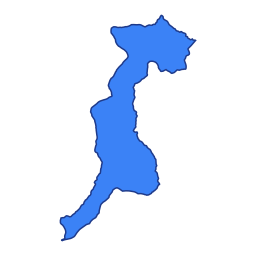 Dungna, Chhukha, Bhutan
{"feature_id": "84629894B53394150042816", "entity_name": "Dungna", "entity_type": "district", "adm_level": 2, "iso_a3": "BTN", "parent_name": "Bhutan", "parent_adm1": "Chhukha", "projection": "robinson", "projection_center": [89.368, 27.082], "detail": "fine", "context": "isolated", "style": "filled", "palette": "blue", "viewbox_px": 256, "rotation_deg": 0, "n_neighbors": 0, "source": "geoboundaries", "source_scale": "gbopen_adm2", "svg_char_len": 5774}
<svg xmlns="http://www.w3.org/2000/svg" viewBox="0 0 256 256"><path d="M61.0,218.0L60.7,219.4L60.4,220.2L60.4,222.4L60.5,223.0L61.2,224.0L62.1,224.7L62.8,225.3L63.9,226.9L65.2,229.4L65.5,230.3L65.8,232.1L65.6,233.4L65.0,235.0L64.7,236.1L64.7,236.7L64.9,238.1L64.7,238.7L62.2,239.7L61.7,240.0L61.7,240.3L62.3,240.6L62.9,240.3L64.8,239.7L70.4,238.5L71.7,238.0L74.0,236.7L74.8,235.9L77.1,232.4L79.5,229.6L81.0,228.4L86.5,224.5L89.5,223.6L90.7,221.5L91.6,220.5L92.9,219.3L95.7,217.6L96.7,216.0L97.3,214.6L98.8,213.3L99.1,212.6L99.2,210.9L100.0,207.4L100.6,205.3L100.9,204.6L101.3,204.0L103.1,202.2L105.4,200.7L108.5,197.9L109.0,197.2L109.1,196.2L109.5,195.3L112.1,192.0L112.6,190.6L113.0,189.9L114.9,188.5L116.5,187.9L117.4,187.9L119.4,188.9L122.5,191.1L126.0,190.8L129.0,190.9L130.4,191.1L134.4,191.8L136.2,192.6L138.0,193.7L140.9,193.6L143.8,194.2L144.7,194.6L145.7,194.7L146.5,195.1L147.1,195.1L148.6,194.9L151.3,193.4L151.6,193.0L151.9,192.3L153.1,191.8L153.4,191.3L154.5,190.7L156.8,188.5L157.3,187.7L157.4,186.9L158.6,184.8L159.5,184.5L159.5,183.9L158.8,182.8L157.9,181.7L157.7,181.1L157.7,180.2L158.3,179.1L158.5,178.4L158.4,178.0L158.0,177.0L157.7,176.0L157.2,173.2L156.6,172.3L155.3,171.2L155.3,170.6L155.9,169.2L155.9,167.1L156.6,166.0L156.7,165.3L156.3,164.8L156.1,163.7L155.8,159.4L155.5,159.0L154.9,158.5L154.2,156.4L153.6,155.7L152.8,154.2L151.5,152.5L151.1,151.4L150.3,149.9L149.7,149.3L149.0,148.9L148.0,148.1L147.2,147.5L146.9,146.4L146.3,145.7L145.7,145.5L144.9,145.5L144.0,144.8L142.3,142.3L140.8,141.3L139.5,140.8L138.6,139.2L138.1,138.8L137.9,138.5L137.8,137.7L137.4,136.8L136.9,134.9L136.9,134.4L137.4,133.6L137.4,133.1L137.3,132.5L137.1,132.1L136.7,132.0L135.6,132.2L134.7,132.0L134.0,131.5L133.4,130.6L134.0,129.4L134.8,128.2L135.7,127.2L135.8,126.9L135.8,126.4L135.6,125.8L135.6,125.2L135.9,123.8L135.8,121.8L136.1,120.8L136.0,119.9L136.0,118.2L137.0,116.4L137.1,115.8L137.0,115.5L136.4,114.8L136.1,113.9L136.5,112.6L136.4,112.1L136.1,111.7L135.6,111.3L134.5,110.7L134.1,110.2L133.6,108.9L133.4,108.0L133.4,106.5L132.6,104.1L132.7,103.0L133.3,101.3L133.6,100.2L134.8,97.7L134.9,97.3L134.8,96.9L134.2,95.6L134.0,94.4L134.6,90.7L133.9,89.6L133.8,88.7L133.3,87.8L133.3,87.2L134.3,85.6L134.7,84.0L136.0,83.3L137.1,83.1L139.5,81.8L140.7,80.7L141.8,79.3L143.8,78.4L145.1,77.2L146.0,76.5L146.4,76.2L147.2,75.5L147.4,74.6L147.0,73.5L147.0,72.5L147.2,72.0L147.2,71.1L147.5,68.2L147.7,67.4L147.7,65.4L147.6,65.0L147.6,64.3L147.6,63.6L148.8,62.2L149.3,61.9L149.8,61.4L151.8,61.2L153.5,61.4L155.7,62.3L156.2,62.8L157.3,64.0L158.1,65.6L158.3,66.2L158.4,67.5L158.9,68.7L159.7,69.6L160.7,71.2L161.1,71.4L162.8,71.2L163.4,71.0L163.9,70.6L164.3,70.5L166.0,69.6L167.4,70.7L168.8,71.4L169.6,71.7L171.2,73.1L171.9,73.3L173.9,72.7L175.0,71.9L176.9,70.1L177.3,69.9L179.4,70.2L181.9,69.4L183.0,69.4L184.0,69.1L185.3,69.2L185.8,68.9L186.0,68.3L186.1,67.3L186.1,65.9L185.7,64.1L184.6,61.1L184.4,59.8L185.4,58.4L186.0,56.3L186.7,55.6L188.2,55.1L189.2,54.3L189.4,53.6L189.3,52.3L188.5,50.3L188.1,49.6L188.0,49.0L188.4,48.3L191.1,45.6L195.6,40.4L195.3,40.2L193.3,40.1L193.0,40.0L192.4,39.0L190.8,39.7L190.2,39.6L189.4,38.9L188.2,38.3L187.6,37.6L187.5,36.8L186.8,36.4L186.0,36.3L185.8,36.1L185.7,35.9L185.9,34.5L185.8,34.1L185.4,33.7L184.7,33.2L183.7,33.0L182.8,32.6L182.3,32.4L181.6,31.7L180.9,31.6L180.2,32.1L179.6,32.2L178.6,31.4L176.3,30.7L174.9,28.7L174.0,28.5L173.6,28.3L173.1,27.7L171.9,26.7L169.2,24.7L167.7,21.9L167.0,21.1L164.3,19.6L163.4,18.7L163.0,16.5L162.0,15.6L161.3,15.4L160.4,16.4L160.0,17.5L159.2,18.8L157.9,19.6L157.5,20.0L157.1,21.0L157.0,21.9L156.0,22.7L155.4,23.9L155.0,24.4L154.3,24.3L153.3,24.4L152.7,24.7L152.2,25.2L150.1,25.2L149.6,25.0L149.0,25.0L146.8,25.9L145.6,26.7L144.7,26.7L144.4,26.7L141.1,25.0L140.0,24.7L139.1,24.6L136.9,24.8L133.5,24.6L131.3,24.7L130.4,25.4L128.6,26.2L127.2,26.6L126.5,26.7L125.4,26.7L123.9,27.1L121.2,27.5L120.2,27.3L118.2,27.5L117.0,27.3L115.9,26.9L113.8,26.8L113.2,27.0L111.4,28.2L111.1,29.6L111.0,30.9L111.1,32.5L111.5,33.5L112.0,33.9L113.2,35.6L113.9,36.4L114.1,37.2L115.2,39.0L115.5,39.7L115.6,41.2L116.1,42.8L116.6,43.4L116.9,44.2L118.5,46.1L118.9,46.3L119.7,46.7L120.5,47.4L122.6,48.8L124.3,49.8L126.4,51.8L127.4,53.7L127.9,55.2L128.1,56.1L128.1,56.7L127.7,57.3L127.7,57.6L126.6,59.0L125.7,59.7L123.8,61.6L123.0,62.6L122.2,64.0L120.6,65.5L118.9,67.2L116.5,70.2L116.2,71.3L115.4,72.2L115.1,73.2L114.3,74.6L113.7,76.0L112.3,77.6L111.1,78.4L110.9,78.9L110.6,79.2L109.8,80.8L108.4,85.0L108.4,85.6L108.5,86.1L108.9,86.8L109.4,88.7L110.2,89.3L111.3,91.8L111.5,92.3L111.6,94.4L112.0,95.4L111.7,96.4L110.6,96.7L109.0,97.4L107.6,98.5L106.4,99.1L103.6,99.9L100.3,101.0L98.8,101.8L97.8,102.6L96.9,103.6L92.1,107.3L91.3,108.3L91.0,109.5L90.6,111.9L91.4,113.5L91.8,114.6L91.9,115.8L94.6,119.9L94.9,121.6L95.5,123.7L96.0,126.4L95.9,127.8L96.2,129.0L96.2,130.1L96.6,133.1L96.8,134.6L97.2,137.0L97.1,138.6L96.8,139.4L96.0,140.9L95.9,141.6L96.4,144.2L96.3,144.7L95.7,146.0L94.9,149.5L94.9,150.9L95.0,151.2L95.6,152.1L97.4,153.1L97.7,153.6L97.7,154.5L98.0,155.0L98.5,156.5L100.1,158.2L100.4,158.9L101.0,160.3L101.9,161.6L102.2,162.5L102.1,163.1L101.5,165.5L101.4,167.4L100.8,168.8L100.6,170.7L100.5,171.9L100.2,173.3L99.6,173.6L99.2,174.0L98.2,175.6L97.1,177.0L96.8,177.9L96.8,178.2L97.1,179.1L97.1,179.4L96.9,179.7L96.3,180.3L95.5,180.7L95.0,181.4L94.5,182.2L94.4,182.5L94.5,182.8L95.5,183.9L95.4,184.7L93.7,187.6L93.2,189.1L91.5,190.7L91.2,191.8L90.9,192.1L91.0,193.6L90.6,194.7L90.0,195.5L89.1,195.9L86.8,199.2L85.3,200.2L85.0,200.9L84.4,201.6L84.1,202.3L83.5,204.2L81.6,205.2L80.8,206.4L79.6,208.7L78.7,209.4L77.3,210.9L75.7,211.9L75.1,213.0L74.7,213.5L73.6,214.1L72.6,214.9L71.1,216.5L69.8,216.8L68.0,216.1L66.7,215.8L65.9,216.1L64.2,217.6L63.6,217.7L63.1,217.6L61.0,218.0Z" fill="#3b82f6" stroke="#1e3a8a" stroke-width="1.5"/></svg>